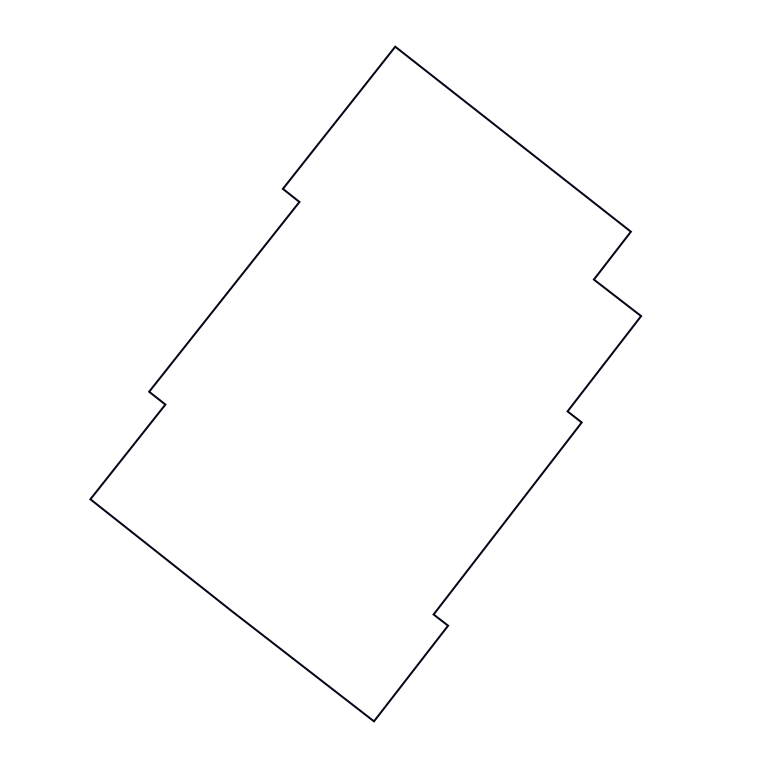 outline of McHenry, North Dakota, United States of America, rotated 38°
{"feature_id": "52423323B92071804936124", "entity_name": "McHenry", "entity_type": "district", "adm_level": 2, "iso_a3": "USA", "parent_name": "United States of America", "parent_adm1": "North Dakota", "projection": "orthographic", "projection_center": [-100.663, 48.24], "detail": "fine", "context": "isolated", "style": "outline", "palette": "ink", "viewbox_px": 768, "rotation_deg": 38, "n_neighbors": 0, "source": "geoboundaries", "source_scale": "gbopen_adm2", "svg_char_len": 405}
<svg xmlns="http://www.w3.org/2000/svg" viewBox="0 0 768 768"><g transform="rotate(38 384 384)"><path d="M583.8,656.0L583.3,535.0L565.0,535.1L563.5,292.6L545.5,292.6L544.8,172.2L485.1,172.5L484.8,112.0L185.2,111.3L184.9,171.8L184.5,232.1L184.2,292.5L205.3,292.6L204.9,353.6L204.1,474.4L203.7,534.7L224.4,534.8L223.6,655.6L403.5,656.7L583.8,656.0Z" fill="none" stroke="#020617" stroke-width="2"/></g></svg>